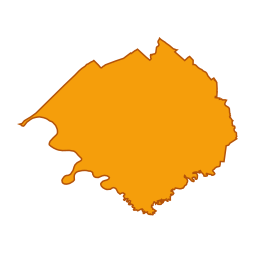 Nautla, Veracruz, Mexico, rotated 267°
{"feature_id": "50627088B42356912123760", "entity_name": "Nautla", "entity_type": "district", "adm_level": 2, "iso_a3": "MEX", "parent_name": "Mexico", "parent_adm1": "Veracruz", "projection": "natural_earth1", "projection_center": [-96.821, 20.123], "detail": "fine", "context": "isolated", "style": "filled", "palette": "amber", "viewbox_px": 256, "rotation_deg": 267, "n_neighbors": 0, "source": "geoboundaries", "source_scale": "gbopen_adm2", "svg_char_len": 5738}
<svg xmlns="http://www.w3.org/2000/svg" viewBox="0 0 256 256"><g transform="rotate(267 128 128)"><path d="M153.0,221.2L153.8,216.7L154.9,216.9L154.8,218.3L159.6,218.9L159.6,218.7L162.5,219.0L168.9,219.0L170.2,218.1L171.0,217.3L171.0,217.8L173.4,216.3L171.8,213.6L175.9,210.5L178.5,209.5L179.7,208.5L181.0,206.1L182.4,204.8L183.3,203.1L184.6,201.3L187.3,198.9L188.0,197.3L188.0,196.3L192.3,196.6L196.2,193.3L195.3,191.6L192.4,188.2L201.6,178.7L203.4,181.0L203.5,180.3L204.4,178.4L204.6,177.5L208.1,173.8L210.6,170.6L211.6,169.6L214.3,165.9L215.9,164.2L214.9,163.9L214.0,163.1L212.9,162.5L211.9,162.5L209.9,163.3L209.2,163.2L208.2,162.4L207.5,161.1L207.0,160.7L202.1,159.8L200.9,159.1L200.7,158.7L200.5,157.8L200.5,156.9L199.7,155.6L199.8,154.9L200.2,154.8L200.1,154.5L199.1,154.2L198.3,154.4L197.3,154.3L196.0,154.7L195.2,154.1L194.6,153.3L197.7,149.9L206.2,141.6L205.0,139.8L205.1,139.4L202.2,135.0L202.7,134.5L197.8,127.2L195.6,119.3L192.2,108.6L191.3,107.5L191.0,106.6L189.5,104.8L189.7,104.3L189.7,103.8L192.6,101.6L197.2,97.4L196.4,96.2L195.9,94.7L194.1,91.5L193.6,90.0L192.0,88.5L189.8,84.9L187.6,82.1L183.5,77.7L174.7,67.4L147.5,36.7L144.0,31.2L140.7,24.9L138.0,22.4L137.5,19.8L136.8,21.3L135.7,22.3L135.4,23.8L136.0,24.6L139.2,27.4L141.7,31.2L142.8,33.4L143.4,36.2L143.7,38.5L143.7,40.4L142.7,44.4L141.6,47.0L140.6,48.5L139.3,50.1L138.3,52.3L137.6,53.2L134.3,55.9L130.8,57.2L129.4,57.4L127.5,57.4L126.1,57.1L124.7,55.9L121.8,52.5L118.8,49.5L116.9,48.6L115.4,48.5L113.7,50.2L111.9,52.7L110.4,55.5L109.6,57.7L108.9,61.3L108.7,68.2L107.8,72.5L107.3,73.4L106.0,74.9L103.2,77.0L100.0,80.0L99.0,80.0L98.2,79.6L97.5,78.6L96.0,75.4L94.0,73.2L92.1,72.2L88.5,70.9L84.9,68.2L83.9,66.0L83.8,64.1L83.4,62.7L82.5,61.5L80.2,59.7L79.1,59.3L77.1,59.6L76.1,60.4L75.4,61.8L75.2,63.6L75.3,64.8L75.7,66.8L77.5,70.3L79.0,71.7L82.2,71.7L84.3,72.1L85.9,73.4L86.8,74.7L87.3,76.1L87.9,79.9L87.9,82.6L87.7,84.4L87.0,86.8L86.9,88.3L85.5,90.3L83.5,90.5L81.6,91.4L81.1,91.8L80.4,93.2L80.1,95.7L81.6,99.8L81.9,102.1L81.3,104.8L80.2,106.2L79.5,106.8L78.3,106.3L77.6,105.2L77.1,103.9L76.6,101.6L76.0,99.9L74.1,98.0L72.9,97.9L71.6,98.3L69.8,99.7L68.5,101.7L67.9,103.0L68.0,103.1L67.7,103.9L67.8,107.4L68.3,107.9L69.1,109.5L69.2,110.5L68.9,111.5L68.2,112.5L67.5,113.1L64.2,114.6L62.4,116.6L62.9,117.4L63.4,118.6L63.4,119.8L62.5,121.1L62.2,121.3L61.3,121.1L61.0,120.3L60.0,119.9L58.0,121.2L56.9,120.0L56.6,119.9L56.0,120.5L56.0,121.0L57.4,122.3L57.6,123.6L57.3,124.2L55.6,123.1L54.7,122.8L54.1,123.9L54.1,124.3L54.4,124.6L55.1,124.5L55.6,125.4L55.0,126.7L53.8,126.4L52.5,124.8L51.9,124.6L51.4,125.0L51.3,126.1L51.6,126.2L52.2,125.6L52.7,125.9L52.6,126.3L51.7,127.2L51.2,128.6L50.3,129.0L49.8,128.0L49.0,128.2L48.6,128.4L48.2,130.0L47.8,130.5L47.3,130.5L46.7,129.5L46.2,129.2L45.7,129.5L45.6,130.7L45.8,132.2L45.7,132.6L45.2,132.8L44.8,133.4L46.2,136.5L46.4,137.5L46.3,138.2L45.8,138.5L45.4,137.8L44.2,138.2L43.9,138.8L44.1,139.7L43.9,140.1L43.4,140.2L42.8,138.8L41.9,138.9L41.9,139.7L42.2,140.2L42.9,141.0L42.9,142.1L43.1,142.7L43.1,143.0L42.0,142.9L41.1,143.7L40.6,144.6L40.6,145.0L41.0,145.4L41.0,145.7L40.6,145.8L40.3,146.3L40.4,147.0L40.1,148.2L40.3,148.5L40.9,148.6L42.0,148.2L42.6,148.6L42.6,149.1L42.2,149.1L41.6,150.1L43.4,150.5L43.5,150.7L43.4,151.4L43.7,151.7L45.5,149.3L45.6,148.5L46.5,148.5L47.7,147.3L49.0,147.5L48.7,147.7L49.5,148.9L50.7,149.0L52.8,150.1L52.9,150.5L52.1,151.2L50.6,151.6L51.5,152.6L52.0,152.5L52.2,153.1L51.8,152.8L51.7,153.1L52.2,153.3L52.6,154.2L53.1,154.2L53.6,153.8L53.8,154.5L52.5,154.7L51.8,154.3L51.2,153.5L50.8,153.5L50.2,153.9L50.0,156.5L50.3,157.3L51.4,157.7L53.0,156.5L53.8,156.3L54.0,155.8L54.2,156.1L54.0,156.5L53.2,156.9L54.2,156.8L55.0,157.8L54.7,158.1L54.3,157.4L52.9,157.9L53.1,158.7L51.6,158.9L51.9,159.3L52.6,159.4L52.9,159.9L53.4,160.1L53.8,160.0L54.2,159.4L54.3,159.5L54.4,160.1L54.1,160.2L54.0,160.9L54.9,162.3L53.7,162.3L52.8,163.6L52.8,164.0L54.6,164.2L54.7,164.8L54.5,165.3L53.8,165.9L53.7,166.3L54.0,166.6L54.6,166.4L56.2,166.7L56.9,166.5L57.5,166.7L58.4,167.6L59.4,167.2L59.7,167.6L59.5,168.3L59.0,168.6L58.9,169.0L59.4,169.6L60.5,170.3L61.6,169.4L62.5,169.4L62.5,167.8L62.9,167.7L63.9,168.3L64.0,169.2L64.5,169.4L64.6,169.6L64.1,170.8L64.2,171.3L65.6,172.1L64.6,176.5L64.6,177.8L65.1,179.4L65.0,179.7L65.8,180.6L67.3,181.6L67.9,182.4L68.0,182.9L68.8,183.6L69.6,183.7L71.2,184.6L72.9,184.7L75.1,183.2L75.7,182.0L76.0,181.8L77.0,181.8L77.7,182.1L77.4,182.5L76.5,182.7L75.7,183.5L75.1,184.6L74.5,186.5L73.9,186.9L73.1,187.8L71.9,188.6L71.1,190.3L71.2,191.0L71.9,191.2L72.5,191.1L73.9,189.7L74.6,189.5L75.1,189.7L75.4,190.7L75.4,192.0L75.1,192.5L73.9,192.4L73.5,192.7L73.2,193.4L73.3,193.9L74.2,194.5L76.9,194.9L78.7,194.3L79.2,193.9L79.4,192.7L79.3,190.6L80.0,190.7L80.4,192.3L80.5,194.0L79.8,196.4L79.4,196.8L79.4,197.6L79.7,197.8L80.2,197.7L80.7,196.6L81.2,196.6L81.7,198.0L80.0,198.9L77.5,201.1L76.0,201.4L75.8,203.1L76.0,204.4L76.2,204.6L76.6,204.8L77.3,204.8L78.0,203.7L78.5,204.0L78.5,204.4L77.6,206.5L77.2,208.8L76.4,209.3L76.5,210.6L76.9,211.5L77.7,212.3L78.8,211.8L80.4,210.5L80.9,210.3L81.7,210.8L82.6,212.2L83.1,212.4L84.4,214.4L84.8,216.9L85.0,217.5L86.3,218.0L89.7,218.5L89.4,222.1L105.1,225.1L105.7,227.6L107.6,229.1L111.5,235.9L111.8,235.4L112.6,235.3L114.0,236.2L115.0,235.9L117.4,236.0L118.1,235.4L118.6,234.6L119.9,233.9L121.6,233.9L122.4,234.8L124.0,234.6L124.5,233.9L124.4,233.2L125.3,232.3L125.9,232.6L127.4,232.2L129.1,232.4L129.5,232.9L129.9,233.1L130.3,232.4L132.9,230.9L132.9,230.5L133.2,230.3L134.0,230.1L134.3,230.1L134.7,230.9L136.0,230.5L136.9,230.7L137.6,230.3L141.9,230.2L143.2,229.6L145.3,226.6L146.5,225.9L147.1,225.9L148.9,226.7L150.6,227.8L151.0,226.6L151.1,223.8L151.4,223.4L152.1,223.0L151.9,220.9L153.0,221.2Z" fill="#f59e0b" stroke="#b45309" stroke-width="1.5"/></g></svg>